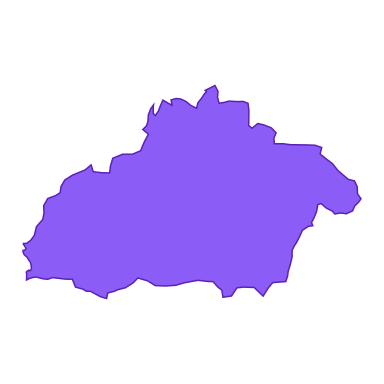 Koili, Paphos, Cyprus
{"feature_id": "46923920B65827682007345", "entity_name": "Koili", "entity_type": "district", "adm_level": 2, "iso_a3": "CYP", "parent_name": "Cyprus", "parent_adm1": "Paphos", "projection": "mercator", "projection_center": [32.445, 34.867], "detail": "fine", "context": "isolated", "style": "filled", "palette": "violet", "viewbox_px": 384, "rotation_deg": 0, "n_neighbors": 0, "source": "geoboundaries", "source_scale": "gbopen_adm2", "svg_char_len": 2148}
<svg xmlns="http://www.w3.org/2000/svg" viewBox="0 0 384 384"><path d="M23.1,250.3L23.0,252.0L24.2,254.7L27.3,257.5L28.9,260.3L30.4,262.4L30.9,264.2L31.3,267.3L31.4,269.5L30.0,270.6L29.0,270.1L28.8,270.9L27.6,270.8L26.2,272.1L26.7,273.9L26.5,280.0L29.9,278.3L35.7,276.9L42.5,278.7L47.8,279.3L52.4,277.6L66.0,279.2L72.3,279.2L75.5,287.1L83.1,289.2L86.0,291.1L90.7,291.4L96.4,294.5L100.4,296.7L106.6,298.5L107.8,292.9L114.0,291.4L118.1,289.6L125.3,287.8L133.1,282.9L137.9,278.0L147.7,280.9L155.3,285.6L165.4,286.0L175.7,285.3L183.6,283.0L190.7,281.6L198.0,280.3L208.3,281.5L213.0,281.6L218.0,287.2L221.9,290.2L222.9,297.2L224.2,297.1L231.5,296.0L237.0,287.8L243.9,287.1L254.2,287.5L263.1,296.1L268.3,287.9L272.6,282.7L276.1,282.3L285.8,281.6L287.6,275.9L288.2,271.1L290.1,265.2L292.1,256.9L292.1,250.4L294.5,245.6L296.6,242.4L299.5,236.8L302.4,230.3L308.5,226.3L312.8,225.7L311.5,222.6L313.9,218.1L316.6,211.5L317.8,204.6L321.2,203.6L326.3,208.1L332.1,211.0L334.9,214.0L339.1,213.2L342.2,213.1L346.2,213.8L351.3,211.5L352.6,210.9L354.7,206.0L358.5,202.3L361.0,198.8L357.5,193.8L357.2,186.7L354.5,180.9L348.2,179.3L337.9,170.5L332.5,163.7L325.9,158.7L320.1,154.0L321.7,147.5L314.9,145.2L305.5,144.9L290.6,144.7L282.8,143.7L274.4,143.8L273.9,138.2L276.1,132.8L271.4,127.9L263.8,124.9L257.8,123.5L252.1,128.2L248.7,125.6L248.9,110.2L248.0,103.3L243.0,101.4L237.8,101.6L228.7,101.1L225.5,102.1L219.1,103.3L217.5,97.2L218.0,91.4L214.9,85.5L210.9,87.6L205.2,90.3L206.5,91.6L204.3,94.0L201.7,98.0L197.9,102.8L196.5,108.2L190.9,105.5L185.9,101.4L180.4,98.9L176.1,98.5L171.1,99.9L172.0,105.2L168.9,103.6L162.9,100.1L160.4,105.8L158.3,111.2L155.3,115.6L153.2,113.3L153.3,106.6L153.5,104.9L150.7,108.8L148.4,114.7L147.9,121.6L146.5,125.8L142.8,129.5L148.4,134.2L144.9,140.7L142.6,145.8L140.7,150.7L132.5,154.2L122.7,154.2L112.8,158.2L110.5,165.9L109.6,172.9L102.3,172.8L93.2,171.7L91.1,164.9L85.0,170.0L72.5,175.1L64.8,180.0L61.1,186.3L60.1,192.8L55.4,195.7L47.7,198.5L43.7,205.7L44.0,212.9L42.8,219.4L36.5,226.6L34.3,235.4L30.6,240.4L26.6,243.4L23.4,243.5L23.3,244.0L26.1,248.4L24.3,250.6L23.1,250.3Z" fill="#8b5cf6" stroke="#5b21b6" stroke-width="1.5"/></svg>